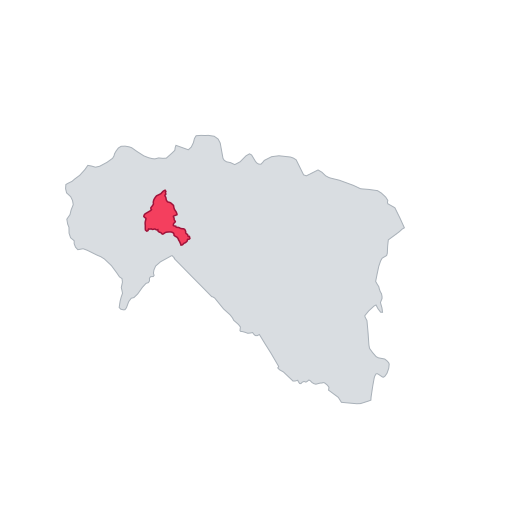 location of Tuy within Burkina Faso, rotated 46°
{"feature_id": "BFA-2834", "entity_name": "Tuy", "entity_type": "Province", "adm_level": 1, "iso_a3": "BFA", "parent_name": "Burkina Faso", "parent_adm1": "", "projection": "mercator", "projection_center": [-3.419, 11.41], "detail": "fine", "context": "in_parent", "style": "filled", "palette": "rose", "viewbox_px": 512, "rotation_deg": 46, "n_neighbors": 0, "source": "natural_earth", "source_scale": "10m", "svg_char_len": 5075}
<svg xmlns="http://www.w3.org/2000/svg" viewBox="0 0 512 512"><g transform="rotate(46 256 256)"><path d="M370.5,316.3L358.5,316.8L354.2,318.1L351.6,318.1L351.5,317.0L351.2,316.4L336.1,312.7L325.5,310.5L314.8,308.1L314.2,310.4L312.7,311.8L310.4,311.9L308.7,311.6L307.7,313.3L305.9,315.6L303.4,316.8L301.0,318.2L299.6,319.4L298.6,319.4L296.2,316.5L292.9,316.2L286.8,316.7L284.1,315.9L280.3,315.5L271.5,316.1L257.4,314.9L255.1,315.6L254.5,316.1L240.5,316.2L225.2,316.4L212.3,316.5L201.1,316.6L201.0,316.1L197.4,316.1L197.0,317.0L193.8,328.8L193.5,335.2L195.2,339.2L197.1,341.7L199.2,342.8L199.4,344.2L197.7,346.1L197.9,348.0L199.9,349.9L200.4,351.9L199.3,354.1L199.6,359.3L201.1,367.4L201.1,372.7L199.7,375.1L200.4,379.3L203.2,385.1L203.6,387.6L202.7,388.7L200.4,390.2L198.0,390.2L195.3,386.7L194.1,385.1L191.9,381.5L190.1,377.9L187.6,376.3L185.1,374.8L182.1,370.3L179.2,368.1L176.1,368.7L171.6,367.9L162.6,366.7L152.9,367.1L148.8,368.1L144.8,369.8L134.7,373.4L130.7,375.3L127.7,379.8L124.3,379.7L120.9,378.3L118.7,376.2L114.1,376.7L109.7,374.6L105.4,370.6L102.2,369.3L98.1,366.5L97.0,361.0L94.5,357.1L92.1,351.8L88.6,349.4L84.6,348.1L79.0,348.4L75.3,346.2L72.5,343.1L73.2,340.4L74.5,336.5L74.7,332.8L75.5,326.8L75.0,319.2L74.0,314.0L77.1,311.8L80.6,309.8L82.8,306.2L85.1,298.2L86.1,291.3L85.4,288.7L84.2,286.7L83.3,283.7L82.7,280.0L83.4,276.8L86.1,273.8L89.4,271.4L91.8,270.2L98.2,269.0L106.1,267.1L110.7,265.0L114.0,262.9L115.9,261.3L117.8,257.9L120.9,255.3L123.3,252.6L123.6,245.2L123.6,241.0L121.8,238.7L120.8,236.7L132.6,230.9L132.7,226.9L131.0,222.3L128.7,218.6L127.9,215.5L131.1,211.7L134.0,208.9L136.1,206.5L140.8,202.9L145.6,202.0L149.9,203.3L162.8,211.9L165.1,212.4L167.7,211.8L171.1,209.5L175.5,207.8L177.2,202.0L177.0,193.6L178.0,189.7L180.3,189.0L187.7,190.7L189.7,190.8L191.8,190.2L193.4,188.7L193.3,186.0L193.0,183.6L195.4,175.8L199.8,169.9L208.7,162.5L211.5,161.1L214.7,160.3L230.7,165.4L233.3,164.1L237.2,151.6L241.5,150.4L246.7,150.2L250.1,149.1L251.8,148.2L259.4,143.4L272.8,136.9L280.0,134.2L281.4,133.1L286.6,128.5L293.4,123.2L297.8,122.1L303.8,121.8L307.6,122.6L308.6,124.1L309.9,124.9L317.8,122.6L329.0,126.2L338.8,129.7L338.2,132.0L338.1,135.9L337.3,142.2L336.3,149.6L340.3,154.4L345.2,159.6L346.4,161.7L345.2,166.8L346.1,169.8L348.6,174.7L352.9,181.1L357.4,187.6L360.5,188.4L363.4,189.0L365.2,190.1L367.8,191.3L370.4,192.0L372.6,193.4L374.1,194.8L375.9,198.8L380.9,201.5L384.4,204.1L383.0,205.4L378.7,204.9L374.6,203.7L374.0,205.7L373.8,213.0L374.5,219.1L375.5,219.9L379.6,221.1L389.4,229.0L398.3,236.5L401.3,238.5L406.2,239.2L411.7,239.5L414.1,238.8L419.5,235.0L422.3,234.6L424.9,234.7L426.3,235.3L428.9,238.4L431.3,243.1L432.0,246.5L431.8,248.4L430.9,249.1L426.6,250.0L424.7,250.6L424.2,251.7L424.9,254.0L425.7,255.5L430.5,262.2L437.4,271.2L439.5,273.5L438.3,276.2L434.8,283.3L432.2,286.2L420.6,296.2L414.9,295.0L402.9,297.0L401.1,294.7L398.4,294.4L394.9,294.8L393.6,295.7L393.3,296.7L392.0,298.1L389.8,302.0L388.1,303.0L386.0,303.6L383.4,303.6L381.9,304.1L381.8,306.0L381.4,307.7L379.6,308.6L378.9,310.5L379.0,312.4L378.0,313.2L375.7,312.8L374.4,312.3L373.1,314.7L371.6,316.3L370.5,316.3Z" fill="#d9dde1" stroke="#a8b0b8" stroke-width="1"/><path d="M162.3,280.2L164.2,281.5L165.9,282.3L168.8,282.8L170.3,283.4L171.2,283.9L171.4,284.2L171.1,284.9L170.0,287.6L170.4,288.2L171.9,288.6L172.5,289.3L173.2,289.7L174.3,289.9L175.2,290.1L175.4,290.5L175.4,292.2L175.7,293.3L176.7,294.3L177.9,293.8L178.8,293.0L179.6,293.4L180.4,293.1L181.3,292.1L182.4,291.5L183.5,291.2L184.5,290.6L186.0,289.3L186.6,289.0L187.2,288.8L188.3,289.0L189.6,289.6L190.4,290.4L191.3,290.7L192.2,290.5L192.8,290.3L193.4,290.5L194.2,291.0L194.8,291.2L195.2,290.9L195.4,290.4L195.9,290.4L196.5,290.8L197.5,291.4L197.5,292.1L197.4,292.6L197.2,292.8L196.5,293.6L196.6,294.0L197.2,294.7L197.4,295.2L197.5,295.6L197.4,297.3L197.3,297.8L196.9,298.7L196.8,299.2L196.9,300.8L196.8,301.3L196.1,302.4L195.7,302.2L194.1,301.5L192.4,300.9L190.5,300.5L189.3,299.9L187.5,299.8L185.7,300.4L184.2,300.6L183.4,299.9L182.2,299.4L180.3,300.0L178.9,301.1L177.0,303.4L176.4,304.3L176.1,305.1L175.7,307.4L175.5,307.9L174.5,308.3L173.6,308.2L172.8,308.3L171.7,309.0L170.1,309.2L168.8,308.3L168.4,309.2L167.5,309.7L166.7,309.8L166.2,310.1L165.2,311.8L164.6,312.3L163.8,312.4L163.5,312.8L163.2,313.3L162.9,313.8L162.5,314.0L162.0,314.3L161.9,314.6L162.1,315.1L162.5,315.6L162.7,316.0L162.3,317.3L161.6,317.4L160.5,317.5L159.7,316.9L157.0,314.3L156.1,313.6L155.1,312.7L154.1,311.4L152.9,309.4L152.5,309.2L152.3,309.0L151.0,309.3L149.7,309.3L148.9,308.2L148.6,306.6L150.1,300.3L150.1,299.0L149.1,298.9L148.2,298.0L148.0,296.2L147.5,293.9L147.1,293.4L146.1,292.7L145.3,291.7L144.6,290.4L144.1,288.9L143.8,287.4L143.6,285.8L145.1,281.2L144.9,278.0L145.2,276.5L145.5,275.7L145.8,275.8L146.9,275.9L147.1,276.4L147.2,276.8L148.0,277.4L148.8,277.8L149.0,278.2L148.9,278.9L149.1,279.4L149.6,279.7L150.4,279.9L151.5,280.3L152.3,280.9L153.0,281.4L153.7,281.7L154.7,281.9L155.6,282.0L156.2,281.7L157.1,281.1L158.1,280.6L158.9,280.4L161.8,280.2L162.3,280.2Z" fill="#f43f5e" stroke="#9f1239" stroke-width="1.5"/></g></svg>